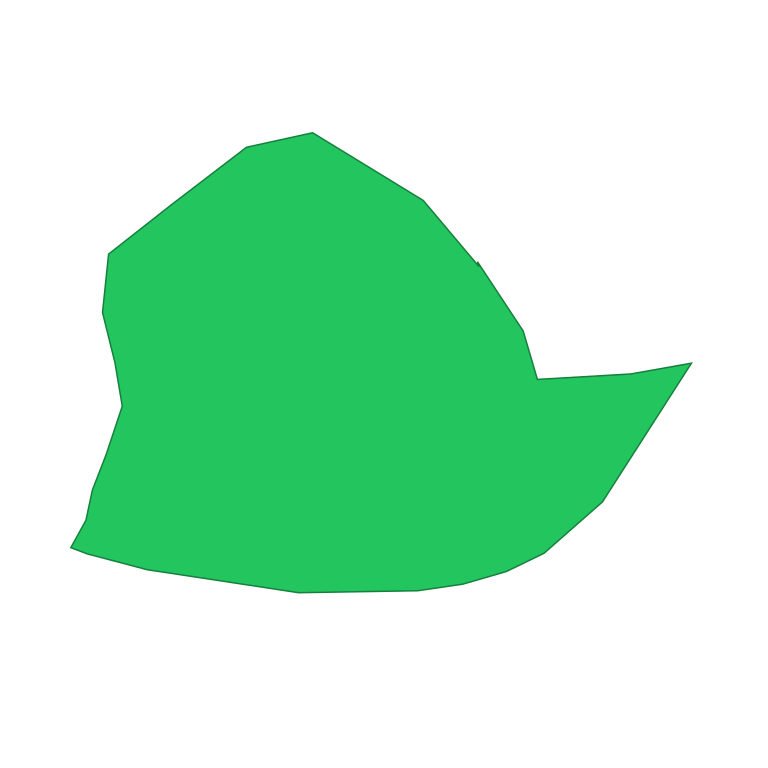 Paramaribo, Natural Earth projection, rotated 282°
{"feature_id": "SUR-72", "entity_name": "Paramaribo", "entity_type": "District", "adm_level": 1, "iso_a3": "SUR", "parent_name": "Suriname", "parent_adm1": "", "projection": "natural_earth1", "projection_center": [-55.178, 5.837], "detail": "fine", "context": "isolated", "style": "filled", "palette": "green", "viewbox_px": 768, "rotation_deg": 282, "n_neighbors": 0, "source": "natural_earth", "source_scale": "10m", "svg_char_len": 493}
<svg xmlns="http://www.w3.org/2000/svg" viewBox="0 0 768 768"><g transform="rotate(282 384 384)"><path d="M158.8,111.7L188.8,120.8L219.6,120.8L257.2,126.9L307.9,132.6L349.1,116.3L395.4,93.8L453.8,87.6L515.4,139.0L587.0,200.3L614.9,261.9L571.7,384.2L518.5,452.6L523.0,450.0L464.8,509.1L420.4,533.1L445.1,623.2L468.3,680.4L314.1,622.2L251.8,575.8L226.1,542.8L204.7,502.9L188.8,460.0L162.1,343.9L153.1,191.0L156.1,129.3L158.8,111.7Z" fill="#22c55e" stroke="#15803d" stroke-width="1.5"/></g></svg>